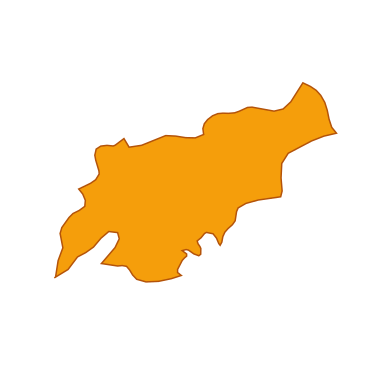 map outline of Capiz (orthographic projection), rotated 166°
{"feature_id": "PHL-2528", "entity_name": "Capiz", "entity_type": "Province", "adm_level": 1, "iso_a3": "PHL", "parent_name": "Philippines", "parent_adm1": "", "projection": "orthographic", "projection_center": [122.669, 11.385], "detail": "fine", "context": "isolated", "style": "filled", "palette": "amber", "viewbox_px": 384, "rotation_deg": 166, "n_neighbors": 0, "source": "natural_earth", "source_scale": "10m", "svg_char_len": 1571}
<svg xmlns="http://www.w3.org/2000/svg" viewBox="0 0 384 384"><g transform="rotate(166 192 192)"><path d="M177.6,133.5L178.5,135.5L179.4,141.3L181.7,146.4L187.8,149.3L189.9,148.7L194.3,145.4L198.8,143.3L198.7,140.4L197.5,137.2L197.1,135.1L198.6,129.5L200.8,128.5L205.2,131.5L209.5,136.5L211.7,137.6L215.7,137.5L212.2,133.2L212.7,131.1L215.3,129.8L218.0,128.0L224.7,120.4L225.5,117.3L224.5,116.2L223.7,115.0L222.6,113.6L233.0,112.9L246.1,113.4L258.4,115.9L266.8,120.7L269.7,125.9L271.4,131.4L273.5,135.7L277.5,137.5L282.1,138.2L297.2,144.5L280.1,156.7L273.9,164.2L274.0,170.6L282.3,173.8L291.5,169.2L300.9,162.4L309.8,158.9L318.8,156.7L331.0,146.8L346.4,142.0L345.0,142.4L338.5,157.8L330.8,169.1L330.0,183.7L326.9,189.0L317.5,197.0L312.7,199.9L305.9,201.4L299.5,204.0L297.5,209.7L298.5,216.4L301.2,222.3L288.3,225.0L282.5,227.2L277.7,231.9L277.2,235.0L277.7,246.2L277.4,251.2L274.6,256.8L269.4,258.6L263.2,257.8L257.3,255.7L255.2,256.0L245.1,260.3L242.2,250.7L229.6,249.5L203.9,253.1L194.3,250.2L184.9,246.2L175.7,243.7L166.8,245.0L166.1,250.9L163.5,255.3L159.3,258.5L153.6,261.0L148.0,261.8L142.9,261.0L137.6,259.5L131.5,258.5L126.9,258.9L117.7,260.6L113.2,259.8L92.8,250.6L83.5,250.5L74.3,255.6L58.0,271.1L51.5,265.7L46.9,260.6L43.7,254.6L41.5,246.8L41.0,238.5L41.4,229.5L40.8,221.0L37.6,214.1L50.5,214.3L63.7,212.6L89.3,206.3L98.0,198.0L102.2,184.1L104.3,171.2L107.1,165.9L129.7,168.2L142.4,167.9L151.1,165.4L153.5,162.2L157.1,153.6L160.7,150.5L165.9,147.8L169.9,145.0L172.9,141.2L175.2,136.1L177.6,133.5Z" fill="#f59e0b" stroke="#b45309" stroke-width="1.5"/></g></svg>